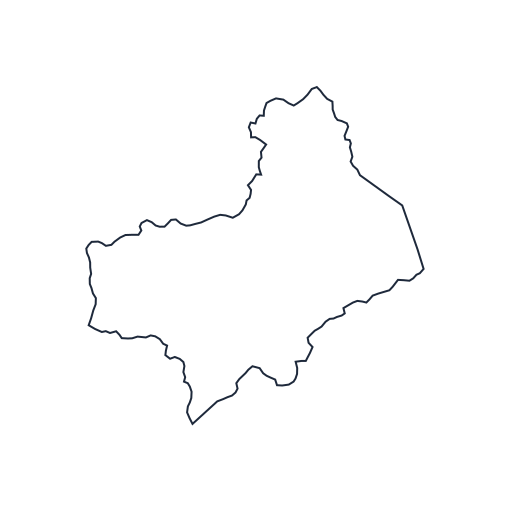 Barra de Santana, Paraíba, Brazil, rotated 111°
{"feature_id": "56859067B28014934647580", "entity_name": "Barra de Santana", "entity_type": "district", "adm_level": 2, "iso_a3": "BRA", "parent_name": "Brazil", "parent_adm1": "Paraíba", "projection": "robinson", "projection_center": [-35.963, -7.568], "detail": "fine", "context": "isolated", "style": "outline", "palette": "slate", "viewbox_px": 512, "rotation_deg": 111, "n_neighbors": 0, "source": "geoboundaries", "source_scale": "gbopen_adm2", "svg_char_len": 2703}
<svg xmlns="http://www.w3.org/2000/svg" viewBox="0 0 512 512"><g transform="rotate(111 256 256)"><path d="M270.1,375.1L273.3,372.2L278.3,373.3L281.0,380.2L283.2,385.4L287.4,389.4L293.3,393.2L297.4,395.0L300.3,399.8L299.2,404.5L299.1,408.5L301.7,414.5L305.7,416.2L309.9,417.1L313.8,414.9L317.3,411.4L321.5,408.5L326.3,406.6L331.8,403.5L336.3,403.3L341.7,401.1L344.8,398.2L349.4,394.8L352.7,390.4L358.5,388.4L365.2,388.4L373.3,387.6L380.6,387.4L381.8,380.1L382.2,372.7L380.0,369.3L380.2,364.7L376.4,359.6L378.5,355.2L380.8,351.9L378.9,346.0L377.2,342.1L373.7,337.7L371.5,329.6L367.9,325.9L367.1,321.3L368.1,316.0L371.2,311.2L371.5,306.9L376.6,306.2L381.0,305.1L382.7,299.4L379.4,295.7L379.4,290.3L381.0,285.8L384.4,283.4L390.4,282.2L394.5,278.7L399.1,278.2L399.2,274.1L401.6,271.0L405.8,267.5L411.8,265.5L416.5,265.3L420.8,265.7L426.7,264.3L431.3,259.8L435.5,255.1L405.6,240.1L401.3,235.3L398.1,232.1L394.9,228.4L390.8,226.2L386.4,225.7L381.8,228.8L376.9,227.5L372.7,225.5L369.1,223.8L364.9,222.4L360.2,219.8L359.4,212.4L362.9,207.3L364.0,203.2L364.3,198.8L364.5,193.8L369.1,190.1L367.5,185.1L364.3,179.3L359.8,175.9L356.3,175.2L351.4,175.4L345.8,177.4L340.5,181.1L337.6,175.8L336.1,171.9L332.3,171.5L327.3,170.9L320.7,170.6L318.2,175.8L313.8,178.5L308.4,176.1L304.7,174.4L301.8,172.0L298.4,169.5L292.4,167.5L288.3,164.7L286.6,161.2L283.9,158.6L280.9,154.7L277.8,152.6L273.3,155.7L269.3,152.5L264.7,148.8L261.6,145.3L260.4,140.4L259.9,136.3L255.8,134.5L251.2,132.9L247.2,128.3L240.2,119.2L235.8,117.4L231.1,116.0L227.4,114.9L225.7,109.6L224.1,103.9L220.5,101.2L216.0,99.5L213.4,96.9L208.0,94.9L192.0,107.5L156.4,137.6L152.2,154.2L143.3,187.9L139.0,192.4L137.0,197.7L133.9,201.5L128.8,201.6L124.5,204.5L120.9,207.3L116.9,207.8L114.2,210.2L115.2,214.3L112.1,216.4L107.3,216.3L102.3,216.3L99.6,218.7L99.3,224.5L99.8,228.6L97.8,231.9L94.8,234.3L91.8,236.9L88.5,238.2L84.5,240.0L83.8,245.9L81.3,250.9L78.6,255.1L76.5,259.8L80.1,263.8L86.9,265.7L92.7,268.2L98.6,272.1L102.0,274.7L101.7,280.4L100.2,286.5L101.7,293.8L105.9,298.1L109.4,301.0L113.3,300.9L117.3,300.7L122.3,299.0L123.5,303.0L127.6,304.4L132.5,304.0L133.3,308.8L138.4,308.8L142.2,305.1L147.0,303.1L145.3,299.2L146.2,293.9L148.3,286.5L152.8,287.6L157.0,288.7L162.2,286.1L166.3,287.4L172.1,285.2L175.1,283.0L178.2,280.4L179.7,285.0L183.2,285.7L187.4,286.5L192.8,288.9L196.1,284.3L199.9,283.3L204.0,282.8L207.5,284.7L211.5,284.0L218.2,285.0L223.1,286.8L228.6,291.4L229.0,298.8L230.4,304.2L234.2,309.1L239.5,314.5L244.4,319.3L247.9,324.3L251.0,328.5L252.7,332.0L252.7,338.0L250.6,343.9L252.7,348.2L257.2,350.0L261.4,351.9L263.2,356.5L263.5,360.6L261.8,365.5L261.6,370.7L266.2,374.7L270.1,375.1Z" fill="none" stroke="#1e293b" stroke-width="2"/></g></svg>